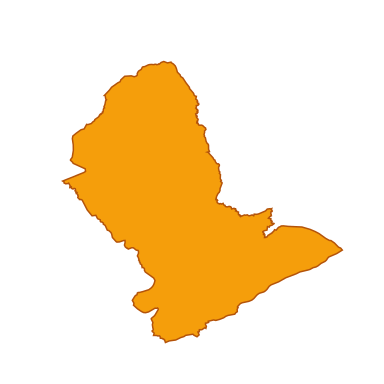 outline of Thap Than, Uthai Thani, Thailand, rotated 66°
{"feature_id": "78962969B50893667221892", "entity_name": "Thap Than", "entity_type": "district", "adm_level": 2, "iso_a3": "THA", "parent_name": "Thailand", "parent_adm1": "Uthai Thani", "projection": "equal_earth", "projection_center": [99.816, 15.505], "detail": "fine", "context": "isolated", "style": "filled", "palette": "amber", "viewbox_px": 384, "rotation_deg": 66, "n_neighbors": 0, "source": "geoboundaries", "source_scale": "gbopen_adm2", "svg_char_len": 6042}
<svg xmlns="http://www.w3.org/2000/svg" viewBox="0 0 384 384"><g transform="rotate(66 192 192)"><path d="M306.2,78.3L303.7,79.0L302.0,80.6L296.5,82.6L292.9,84.8L292.1,86.2L288.8,88.7L281.6,92.9L278.2,95.6L274.2,99.3L268.7,105.8L262.6,118.0L260.1,122.3L259.3,124.4L259.6,125.7L259.4,126.6L259.7,127.9L261.1,130.6L260.0,131.9L261.2,133.5L261.5,134.9L262.1,135.8L261.9,136.4L262.3,137.1L262.2,138.3L262.5,138.8L262.4,139.9L263.6,141.9L263.2,142.8L263.5,143.2L263.1,144.3L260.8,142.9L260.0,144.0L259.6,143.9L259.1,142.9L257.8,143.6L257.0,143.4L256.8,141.6L257.3,139.0L254.3,137.1L255.5,135.7L254.5,134.5L254.9,132.5L254.3,129.9L253.9,130.0L253.1,131.7L252.4,132.2L251.8,131.7L251.7,130.9L250.5,130.9L250.1,131.7L248.4,130.8L247.6,132.4L247.0,132.9L246.6,131.8L246.2,131.2L246.0,129.2L245.3,129.3L244.6,128.7L243.7,128.8L242.2,127.9L242.4,126.9L242.0,126.4L240.7,126.7L239.6,125.9L239.6,127.1L239.0,127.4L238.2,130.2L239.2,132.5L239.1,140.2L238.7,142.0L237.5,144.2L238.8,145.3L237.4,146.4L237.1,149.2L236.6,150.0L235.4,150.7L234.9,152.7L234.3,153.4L234.2,157.8L233.5,157.9L233.2,157.4L232.8,157.9L232.5,157.6L231.9,158.1L231.8,158.5L231.3,158.7L229.2,157.7L228.3,158.9L227.4,159.4L227.2,159.2L227.0,159.8L226.3,159.2L225.6,159.5L225.5,159.1L225.0,159.0L224.5,160.0L224.0,160.2L223.6,162.7L221.9,162.4L221.0,162.8L220.9,163.3L220.2,163.9L220.1,165.5L219.5,166.6L218.8,167.4L217.6,167.3L216.6,168.3L215.0,168.2L215.0,170.0L214.2,170.6L214.1,171.8L213.7,171.9L213.1,172.7L211.8,173.3L210.5,172.9L210.1,172.0L209.3,172.2L208.8,173.3L208.3,173.2L208.1,172.6L207.8,172.7L205.8,171.1L203.9,168.7L203.4,167.3L202.0,165.8L200.4,165.1L196.0,160.8L195.3,160.8L194.1,161.6L193.2,160.4L192.4,160.8L191.2,160.7L187.6,158.9L186.1,159.4L185.1,158.4L184.0,158.8L181.5,158.2L180.0,157.5L179.2,156.4L178.5,156.0L177.9,156.0L176.9,156.5L176.7,157.3L175.9,157.9L174.0,158.3L172.1,158.1L171.4,158.8L169.2,158.9L163.6,160.8L162.5,160.9L161.9,161.6L162.2,159.6L159.8,159.5L155.8,157.8L154.2,158.0L153.8,158.4L151.3,158.5L147.9,157.7L146.3,158.2L145.6,157.7L144.5,157.7L142.6,156.2L141.3,155.7L140.6,153.9L139.0,153.6L138.4,154.1L135.7,155.2L134.9,155.9L133.8,158.4L133.0,158.7L132.3,158.5L130.8,159.6L130.2,159.2L130.7,158.6L129.5,158.1L129.2,158.3L128.9,158.0L128.9,157.5L128.4,157.0L127.7,156.9L125.8,157.5L125.0,156.6L124.3,157.2L124.1,156.8L123.8,157.1L122.1,156.9L121.9,155.8L122.2,155.9L122.4,155.5L121.5,154.1L121.1,154.0L121.1,154.3L120.5,154.6L119.7,153.3L118.8,153.6L118.5,154.2L117.4,153.9L116.9,154.4L115.8,153.2L114.8,152.9L115.2,151.3L114.8,150.2L113.7,149.9L113.5,150.5L111.7,150.7L111.4,149.9L109.6,150.1L108.7,150.8L106.4,149.1L105.8,150.0L104.1,150.7L102.6,150.4L96.4,152.2L95.3,151.8L89.8,153.1L84.0,154.0L81.9,155.4L80.2,155.2L76.6,156.6L72.5,156.0L70.1,156.0L67.6,156.9L65.2,158.5L64.8,158.4L64.1,161.9L61.3,164.7L61.1,167.5L61.9,170.0L61.4,170.5L61.7,171.2L61.3,172.5L60.8,172.8L60.2,173.9L60.2,174.9L58.9,177.3L58.3,179.1L58.1,180.4L58.2,184.1L57.7,185.9L57.8,186.6L59.4,188.6L59.7,191.1L60.0,192.0L61.4,193.8L62.9,194.4L63.4,195.6L63.2,197.9L61.2,200.2L58.9,206.4L60.6,211.4L62.0,212.8L62.1,215.4L63.6,222.9L65.3,225.9L68.1,232.6L68.3,232.1L72.1,233.0L73.0,232.6L73.5,233.8L76.6,235.9L78.4,237.8L79.5,237.7L79.5,238.3L80.2,239.2L82.3,240.4L82.5,241.3L83.3,241.3L83.4,242.9L83.7,242.8L84.1,243.7L84.1,244.2L83.7,244.1L83.7,244.4L84.4,245.6L84.8,245.7L85.4,246.9L86.3,251.3L87.2,252.0L87.6,254.0L88.5,256.1L88.2,258.9L87.7,260.6L87.4,260.8L90.5,264.9L90.0,268.1L91.2,273.8L92.4,278.1L94.6,279.6L100.6,281.3L105.8,283.5L111.6,287.3L113.0,289.8L113.6,290.1L116.2,289.0L117.5,288.9L127.4,280.1L129.9,280.9L130.2,282.9L129.4,305.7L130.9,304.7L131.7,305.2L133.1,304.1L133.7,302.4L133.7,301.1L137.1,300.7L137.7,301.6L138.3,301.8L138.4,300.2L139.3,300.6L140.4,300.1L140.9,299.4L140.7,298.3L141.5,297.3L142.6,297.5L143.3,298.4L144.1,297.7L145.1,298.2L145.6,297.4L145.9,298.2L146.4,298.4L147.0,297.7L148.5,297.4L149.0,297.9L149.7,297.7L150.6,298.6L152.0,298.2L152.9,297.5L153.2,297.7L153.9,296.2L154.8,295.6L165.8,295.0L173.1,293.0L174.2,289.3L178.0,289.1L180.1,287.1L181.5,287.7L182.2,287.5L182.8,286.5L184.4,285.6L185.3,286.1L187.2,284.9L192.4,284.9L193.5,283.6L196.1,282.5L197.9,282.5L201.2,283.2L206.5,281.5L207.2,281.0L208.1,278.6L208.5,274.3L209.0,272.9L211.0,273.7L213.0,275.3L215.0,275.3L216.8,274.4L217.1,273.8L218.2,273.5L218.4,269.7L219.2,268.2L222.4,266.6L223.5,265.0L224.6,265.1L226.2,265.8L228.2,267.9L229.9,267.7L232.1,267.9L232.5,268.4L233.6,268.0L234.4,268.5L235.2,268.1L236.5,268.5L238.0,267.6L240.8,268.3L241.0,267.5L242.3,266.7L242.9,266.7L244.2,267.3L246.1,267.2L255.0,262.0L257.8,261.8L260.1,263.7L261.7,265.5L262.9,267.8L263.7,271.1L263.0,277.3L262.4,280.8L261.9,282.1L262.1,283.1L263.5,284.0L263.5,285.3L263.9,286.5L266.7,290.6L269.5,290.3L270.6,290.6L271.6,291.5L276.6,289.3L280.6,286.8L282.4,285.3L283.4,283.5L283.9,280.4L283.1,273.1L283.9,271.5L284.0,270.6L284.9,270.4L285.6,270.6L289.0,275.3L289.8,276.6L290.9,280.4L291.3,280.9L295.3,280.8L297.1,282.2L300.5,283.1L301.5,283.1L302.4,283.9L302.7,285.0L303.4,285.0L304.9,284.1L305.7,284.1L307.4,285.5L308.7,282.7L309.6,281.8L310.2,280.2L311.0,279.9L312.7,280.4L313.6,278.8L314.4,278.4L314.7,277.7L315.6,277.6L315.9,277.2L318.7,277.5L318.8,273.3L320.6,267.0L320.4,261.5L320.8,258.2L320.4,256.0L322.3,249.0L323.6,248.5L326.3,246.3L325.4,243.6L322.3,243.5L322.6,242.2L321.8,242.1L321.5,241.4L320.8,241.2L321.8,239.1L321.2,235.3L322.2,234.8L320.6,233.5L318.6,233.6L317.3,233.0L317.7,231.9L317.9,229.9L316.7,229.8L317.7,224.3L319.0,222.5L319.6,218.6L319.8,214.2L319.3,211.6L319.4,209.3L321.0,202.6L320.0,200.9L319.9,199.6L319.6,199.2L317.7,198.6L316.2,196.9L315.7,197.3L315.2,197.0L313.6,193.2L313.6,191.2L315.0,184.6L315.1,181.3L314.5,178.9L312.6,174.8L312.2,173.4L311.9,171.7L312.5,167.0L312.2,165.2L311.5,163.2L309.5,159.8L309.0,157.4L309.3,149.4L308.5,141.2L309.1,129.9L308.9,126.0L310.5,117.4L310.7,115.7L310.4,112.1L310.9,109.3L310.7,106.9L309.7,103.1L309.5,98.7L308.9,96.9L307.6,94.9L307.0,93.5L307.1,84.8L306.2,78.3Z" fill="#f59e0b" stroke="#b45309" stroke-width="1.5"/></g></svg>